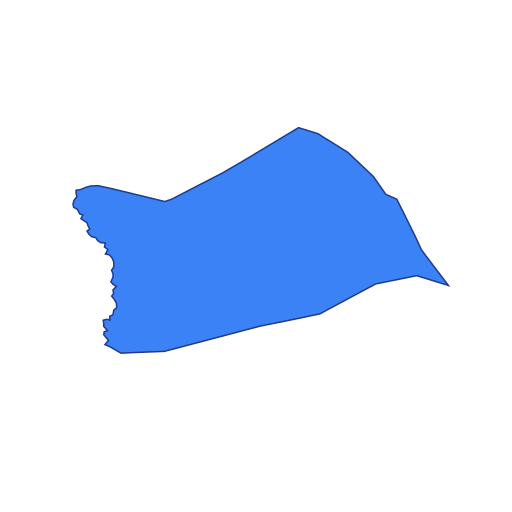 Ibititá, Bahia, Brazil (Albers equal-area conic projection), rotated 109°
{"feature_id": "56859067B56768977523626", "entity_name": "Ibititá", "entity_type": "district", "adm_level": 2, "iso_a3": "BRA", "parent_name": "Brazil", "parent_adm1": "Bahia", "projection": "albers", "projection_center": [-41.882, -11.57], "detail": "fine", "context": "isolated", "style": "filled", "palette": "blue", "viewbox_px": 512, "rotation_deg": 109, "n_neighbors": 0, "source": "geoboundaries", "source_scale": "gbopen_adm2", "svg_char_len": 1319}
<svg xmlns="http://www.w3.org/2000/svg" viewBox="0 0 512 512"><g transform="rotate(109 256 256)"><path d="M303.2,399.0L302.6,395.1L304.7,391.5L307.8,388.6L312.4,386.9L316.6,387.9L319.3,385.4L322.8,384.3L327.7,384.8L329.3,382.0L330.2,378.1L334.6,380.2L338.0,378.4L340.9,379.4L342.8,376.4L346.1,372.6L350.2,370.9L353.4,372.9L358.2,372.1L360.6,374.7L364.2,373.2L364.3,376.2L366.5,379.6L369.3,378.0L372.1,377.1L374.9,372.2L377.1,374.9L380.0,374.3L382.3,370.6L383.9,368.1L389.0,370.0L389.3,365.2L391.8,352.0L387.0,339.9L376.0,311.6L353.9,278.5L321.2,229.7L319.3,226.5L303.1,198.8L295.9,186.8L294.2,184.0L290.0,176.8L283.4,170.8L243.4,133.7L222.3,97.7L221.2,64.5L209.9,81.4L200.0,96.2L196.1,101.8L185.8,111.6L156.5,141.3L155.4,153.4L142.7,170.8L128.1,202.9L124.7,217.7L121.8,230.6L120.2,237.0L120.8,257.6L151.7,283.5L167.8,297.0L185.2,312.0L187.4,313.8L214.7,339.9L229.9,354.4L234.2,360.0L239.2,413.7L240.9,428.2L242.1,431.3L243.7,435.2L246.0,438.6L248.5,441.5L250.6,443.9L252.3,447.5L255.4,446.5L258.3,444.7L262.6,446.2L266.4,446.0L269.3,444.3L270.1,440.0L273.6,436.4L273.6,433.1L277.7,433.7L278.6,430.3L279.4,426.8L282.0,424.8L284.6,422.0L287.5,423.9L289.7,421.1L291.2,417.9L290.9,413.3L293.1,410.6L293.9,406.9L292.8,402.8L296.8,402.2L298.1,398.2L303.2,399.0Z" fill="#3b82f6" stroke="#1e3a8a" stroke-width="1.5"/></g></svg>